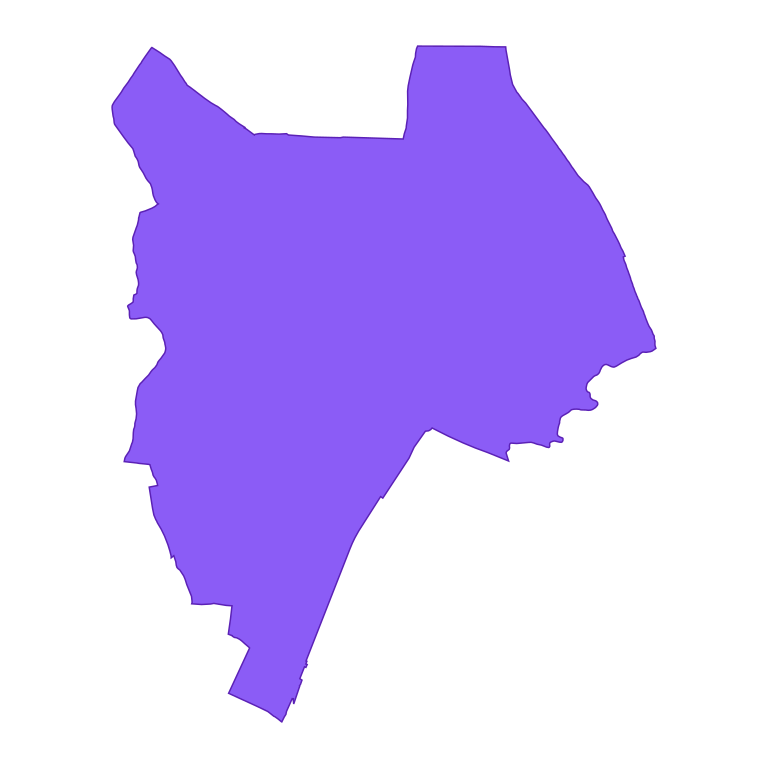 Priponesti, Galati, Romania (Albers equal-area conic projection)
{"feature_id": "2599482B25446233483835", "entity_name": "Priponesti", "entity_type": "district", "adm_level": 2, "iso_a3": "ROU", "parent_name": "Romania", "parent_adm1": "Galati", "projection": "albers", "projection_center": [27.48, 46.089], "detail": "fine", "context": "isolated", "style": "filled", "palette": "violet", "viewbox_px": 768, "rotation_deg": 0, "n_neighbors": 0, "source": "geoboundaries", "source_scale": "gbopen_adm2", "svg_char_len": 6088}
<svg xmlns="http://www.w3.org/2000/svg" viewBox="0 0 768 768"><path d="M281.8,721.9L284.3,716.9L285.9,714.4L286.5,711.4L292.2,698.6L293.3,698.7L293.2,699.3L293.7,704.0L299.7,686.2L299.5,685.7L300.4,684.6L302.0,680.1L299.8,678.7L304.5,666.8L305.9,667.4L307.2,664.5L305.8,664.0L306.9,661.3L306.0,661.0L350.0,548.7L352.3,543.2L354.9,537.8L358.7,531.0L380.6,496.6L382.8,498.1L383.2,497.5L409.0,458.2L414.1,447.2L425.4,431.2L428.6,430.8L430.7,429.6L432.1,428.0L448.2,436.1L463.1,442.9L475.4,448.0L487.6,452.5L508.6,461.0L506.2,453.3L506.2,452.3L506.9,451.2L509.2,449.4L509.6,447.9L509.4,446.0L509.7,444.2L510.4,443.3L511.4,443.1L516.7,443.5L528.8,442.4L531.1,442.3L533.5,442.9L537.1,444.2L541.4,445.1L546.5,447.1L548.7,447.5L549.2,447.3L549.5,446.8L549.8,446.2L549.6,444.0L549.7,443.4L550.2,442.5L550.8,442.1L552.7,441.3L554.1,441.0L555.2,441.1L559.3,442.1L561.2,442.3L561.8,442.1L562.3,441.7L562.9,440.6L563.0,439.1L562.9,438.4L562.5,438.0L560.1,437.1L558.5,436.2L557.8,435.6L557.3,434.1L557.5,431.5L558.2,427.5L558.8,425.2L559.6,422.9L559.6,421.5L560.2,418.9L560.5,417.9L561.0,417.1L562.5,415.8L567.6,412.9L568.6,412.3L571.5,409.7L573.9,409.2L576.5,409.1L579.2,409.3L580.7,409.8L581.8,409.9L585.7,410.0L588.3,410.3L590.7,410.1L592.6,409.4L595.1,407.8L595.8,407.2L597.3,405.4L597.7,404.6L597.7,403.3L597.6,402.7L596.9,401.7L596.2,401.1L595.1,400.6L592.9,399.9L591.1,398.6L590.6,398.0L590.1,396.5L590.1,394.7L589.8,393.3L589.1,392.4L587.7,391.9L586.7,390.7L586.1,388.9L586.2,387.4L586.8,384.6L587.1,383.7L587.8,382.4L593.7,376.5L595.2,375.6L596.9,375.0L598.3,373.9L599.0,373.1L599.8,371.6L600.3,370.1L601.3,368.1L601.9,367.0L603.0,365.8L604.5,364.7L606.2,364.4L607.8,364.9L611.1,366.5L612.4,366.9L613.9,367.1L614.6,366.9L616.4,366.1L621.6,362.9L626.8,360.1L631.1,358.5L636.1,357.0L638.6,355.4L639.3,354.8L640.2,353.7L642.3,352.2L643.5,352.1L646.1,352.3L650.2,351.7L652.0,351.1L655.9,348.4L655.0,345.5L654.9,343.6L655.0,341.2L654.5,339.3L654.2,338.2L654.2,336.2L654.0,335.6L653.1,334.3L652.1,331.6L651.4,329.9L649.1,326.4L647.7,323.3L645.7,318.2L644.7,315.2L644.1,313.9L643.4,311.4L641.2,306.9L638.8,300.3L638.0,299.0L637.3,296.9L636.7,295.8L636.3,294.5L634.9,291.3L634.0,288.4L633.1,286.3L632.5,284.0L630.8,279.6L630.5,278.1L629.5,275.2L628.7,273.1L628.2,271.5L626.7,267.7L625.8,264.4L624.0,260.3L623.3,256.9L625.1,256.2L622.9,251.1L621.0,247.7L619.7,244.5L618.2,241.3L614.4,233.9L612.8,231.3L611.7,228.2L607.3,219.5L606.2,217.0L605.4,214.8L603.9,212.0L602.7,209.9L600.9,206.1L599.8,204.0L598.4,201.7L595.9,198.2L594.9,196.5L593.0,193.1L589.3,186.9L587.9,185.1L583.8,181.7L578.0,175.6L573.2,168.6L571.8,166.8L568.9,162.2L567.0,159.8L564.5,155.9L562.7,153.6L560.8,150.7L558.3,147.6L557.7,146.4L551.7,138.3L548.4,133.5L545.5,129.6L544.0,127.9L525.7,103.1L522.1,99.3L518.1,93.6L516.8,92.2L512.6,84.4L510.3,74.9L509.5,69.5L506.0,50.1L505.7,46.9L494.8,46.8L480.7,46.3L417.6,46.1L416.5,48.7L415.6,53.4L415.4,57.1L413.8,61.7L412.8,64.9L409.9,77.5L408.2,85.8L407.6,91.2L407.8,104.4L407.5,110.6L407.5,118.0L406.3,126.1L406.2,128.0L404.3,133.8L403.2,139.0L343.2,137.1L340.3,137.7L314.5,137.1L302.3,136.0L288.4,135.0L286.6,133.7L279.0,134.1L271.0,133.8L266.7,133.8L261.5,133.5L259.2,133.6L254.9,134.4L254.4,135.0L246.3,129.0L244.3,127.9L244.9,127.4L239.2,123.8L236.1,121.5L234.2,119.5L229.4,116.2L227.2,114.2L222.3,110.1L218.7,107.3L217.4,106.4L215.6,105.5L211.0,102.8L204.7,98.4L190.2,87.3L187.2,85.3L186.0,83.2L184.7,81.6L182.7,78.3L180.4,75.1L174.5,65.5L171.2,60.8L169.7,59.2L164.4,55.8L159.8,52.5L151.9,47.5L151.2,48.1L145.5,56.1L141.9,61.4L141.2,62.8L139.7,64.7L134.1,73.1L132.7,75.5L130.7,78.2L128.1,82.3L123.8,88.0L121.2,92.3L117.9,96.9L114.5,101.5L112.6,104.8L112.2,105.9L112.1,107.5L112.2,109.3L113.1,116.0L113.8,118.7L114.2,122.7L114.5,124.0L115.0,124.9L123.6,136.9L128.3,143.2L132.8,148.6L133.7,151.0L135.2,156.2L136.7,158.3L137.9,160.7L138.3,162.0L139.0,165.5L139.7,167.4L143.2,172.7L146.0,178.2L147.6,180.5L150.4,183.7L151.8,187.5L152.3,189.6L152.9,193.6L153.4,195.8L155.1,200.0L156.2,201.9L157.4,203.3L158.3,203.9L157.3,204.5L156.3,205.4L155.1,206.4L152.1,208.1L145.3,210.9L140.5,212.3L140.0,212.7L138.9,217.2L138.6,218.0L138.6,219.3L138.3,221.0L137.3,225.2L136.2,228.0L133.0,237.2L132.7,239.5L133.6,245.3L133.3,249.2L133.2,250.1L133.2,250.9L133.5,252.1L134.3,253.8L135.3,256.5L135.6,259.5L136.1,262.4L136.4,263.4L137.0,264.4L137.2,265.2L137.4,267.7L137.0,269.4L136.4,271.0L136.2,272.5L136.6,274.8L138.1,279.6L138.4,281.5L138.6,283.3L138.5,285.3L137.4,288.2L137.0,290.1L136.9,293.3L135.7,294.3L134.0,294.9L133.8,295.3L133.2,299.0L133.3,300.5L133.1,302.0L131.5,303.3L128.5,305.1L127.7,306.0L127.7,306.5L129.2,310.1L129.4,311.1L129.4,314.8L129.7,317.4L130.0,318.2L130.6,318.7L131.5,318.9L136.2,318.8L145.1,317.3L146.9,317.4L148.0,317.7L149.8,318.6L150.7,319.5L154.5,324.2L160.6,330.9L161.8,332.7L162.8,334.7L163.2,337.9L164.6,341.9L164.8,342.7L165.0,344.4L165.3,345.5L165.7,347.8L165.7,349.1L165.3,351.2L164.7,353.0L160.8,358.5L159.3,360.2L157.9,362.1L156.9,364.8L156.1,365.9L154.9,367.6L152.3,370.0L151.0,371.6L148.6,375.1L145.1,378.6L141.6,382.4L140.2,383.6L138.0,387.5L137.3,390.8L135.5,401.1L135.5,404.7L136.1,408.5L136.6,413.9L136.1,418.7L134.9,423.3L134.8,425.8L134.4,427.6L133.7,429.3L133.3,432.9L133.1,438.7L132.4,442.4L131.9,443.3L129.4,450.9L125.6,456.6L124.9,458.2L124.2,461.6L136.9,463.0L139.1,463.4L147.3,464.2L149.0,464.4L149.9,464.7L151.2,469.1L152.4,472.2L153.1,475.2L154.1,477.0L155.1,478.2L156.3,480.2L157.3,483.7L157.6,485.5L149.2,487.1L152.6,508.6L153.9,515.0L155.8,519.6L156.8,521.3L157.3,522.6L161.2,529.2L164.5,535.9L167.9,544.6L169.9,551.1L171.1,555.9L171.2,557.8L173.8,555.7L175.8,561.7L176.3,565.4L177.0,567.5L178.1,568.7L179.9,570.1L183.7,575.9L185.2,579.5L186.8,584.6L191.5,596.3L192.0,600.7L192.1,602.5L191.7,603.8L201.6,604.5L210.7,604.0L213.8,603.4L226.2,605.4L232.0,605.8L230.5,618.8L228.3,634.2L232.3,635.7L232.3,636.1L234.3,637.4L236.7,637.8L239.6,639.3L241.6,640.8L244.8,643.7L248.9,647.2L249.6,648.0L228.6,693.3L255.9,705.8L267.8,711.5L273.9,716.3L274.9,716.7L278.1,719.0L281.4,721.7L281.8,721.9Z" fill="#8b5cf6" stroke="#5b21b6" stroke-width="1.5"/></svg>